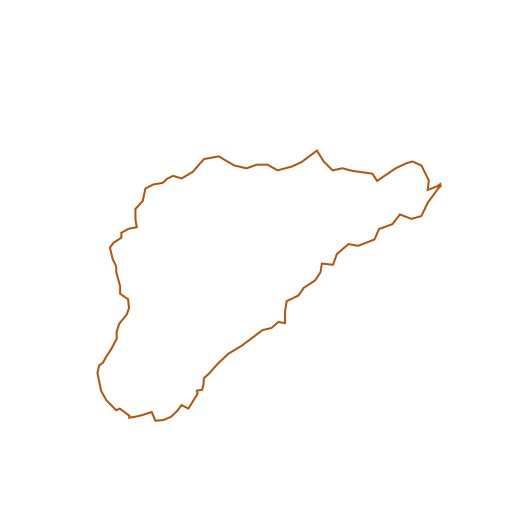 the district of Mandria Lemesou, Limassol, Cyprus, rotated 155°
{"feature_id": "46923920B25695470611853", "entity_name": "Mandria Lemesou", "entity_type": "district", "adm_level": 2, "iso_a3": "CYP", "parent_name": "Cyprus", "parent_adm1": "Limassol", "projection": "orthographic", "projection_center": [32.836, 34.866], "detail": "fine", "context": "isolated", "style": "outline", "palette": "amber", "viewbox_px": 512, "rotation_deg": 155, "n_neighbors": 0, "source": "geoboundaries", "source_scale": "gbopen_adm2", "svg_char_len": 1495}
<svg xmlns="http://www.w3.org/2000/svg" viewBox="0 0 512 512"><g transform="rotate(155 256 256)"><path d="M439.3,163.1L433.1,161.3L426.6,159.9L416.4,158.7L416.8,149.2L408.9,146.4L400.9,146.2L392.2,149.2L386.5,152.3L381.7,146.3L376.0,150.1L367.1,155.9L366.5,159.0L361.4,157.5L358.0,161.5L354.9,167.3L348.5,169.2L335.8,174.7L322.3,179.1L306.5,180.8L281.4,186.1L272.3,184.2L263.6,186.8L258.1,182.9L253.2,193.4L247.3,202.1L234.1,202.3L226.2,207.0L212.7,208.9L204.4,214.0L199.5,221.3L189.9,215.5L181.9,223.6L167.2,227.7L159.2,222.1L141.6,220.9L133.1,228.5L119.0,227.2L108.0,232.8L99.5,224.0L89.3,222.3L77.9,231.7L61.3,240.7L61.4,240.4L60.8,241.0L59.2,241.1L58.6,243.3L62.5,242.6L72.4,243.3L67.5,251.5L67.8,268.0L74.2,275.5L80.6,276.5L92.1,276.5L104.5,274.5L114.5,272.9L115.7,281.4L133.2,292.8L140.6,299.0L150.4,301.3L154.7,313.2L156.3,325.8L174.8,321.9L185.5,321.9L200.2,324.5L207.1,334.0L216.6,338.4L227.6,339.5L237.4,347.2L247.7,362.1L262.1,365.8L268.2,363.3L277.7,359.0L290.7,357.7L297.2,363.7L304.3,363.5L309.7,361.7L319.1,364.3L327.8,363.8L335.3,353.8L345.4,349.6L349.8,340.1L351.9,332.5L360.1,334.5L368.2,334.0L370.3,329.5L379.7,328.2L384.8,325.4L385.9,320.3L387.2,313.7L387.2,312.7L387.1,305.6L389.4,300.6L392.0,285.8L395.1,279.2L390.2,270.9L393.1,262.5L397.7,257.7L408.7,252.3L414.5,246.0L417.1,240.0L426.6,232.7L433.5,228.6L439.8,224.0L444.4,223.1L449.2,216.9L453.4,198.9L452.6,188.6L447.9,175.3L443.9,175.2L438.3,164.8L439.3,163.1Z" fill="none" stroke="#b45309" stroke-width="2"/></g></svg>